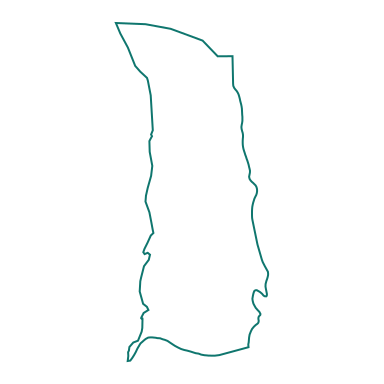 Qarah, Hajjah, Yemen
{"feature_id": "15242507B20225444371684", "entity_name": "Qarah", "entity_type": "district", "adm_level": 2, "iso_a3": "YEM", "parent_name": "Yemen", "parent_adm1": "Hajjah", "projection": "equal_earth", "projection_center": [43.48, 16.353], "detail": "fine", "context": "isolated", "style": "outline", "palette": "teal", "viewbox_px": 384, "rotation_deg": 0, "n_neighbors": 0, "source": "geoboundaries", "source_scale": "gbopen_adm2", "svg_char_len": 3340}
<svg xmlns="http://www.w3.org/2000/svg" viewBox="0 0 384 384"><path d="M115.9,23.0L120.3,33.5L127.9,47.6L135.2,65.9L140.3,71.7L147.0,77.9L147.9,80.8L150.6,94.8L150.7,95.2L152.8,130.3L151.1,134.5L152.0,136.2L150.4,139.1L149.4,141.1L149.6,148.6L149.7,151.9L152.3,165.9L151.1,175.9L147.8,187.6L147.6,188.4L146.1,195.1L146.0,195.3L145.5,201.6L149.4,212.3L151.3,222.1L152.7,229.7L153.4,233.0L152.4,234.0L150.8,235.5L149.0,239.5L147.5,242.8L144.5,248.8L143.3,252.2L144.6,254.1L147.7,252.8L150.0,254.7L149.3,257.6L148.8,259.8L144.0,266.2L141.2,277.2L140.3,281.2L139.7,291.5L140.7,295.1L143.1,303.8L146.9,306.8L148.4,310.0L143.6,313.0L143.5,313.3L141.7,316.8L141.3,317.5L141.2,318.3L141.6,318.7L142.1,318.3L142.4,318.4L142.5,318.8L142.3,328.0L141.7,331.4L141.6,331.8L138.0,340.7L133.3,342.5L129.4,347.0L128.9,350.6L128.1,352.2L128.3,356.0L127.7,361.0L130.3,360.6L132.3,357.9L134.2,354.9L135.8,352.0L137.2,349.0L138.2,347.2L138.9,346.1L139.8,344.5L140.6,343.3L142.0,342.1L142.6,341.6L142.9,341.3L143.9,340.4L144.4,340.0L145.0,339.5L145.6,339.0L147.6,337.9L148.2,337.6L150.2,337.4L151.4,337.4L152.1,337.4L153.1,337.5L154.2,337.6L156.0,337.8L157.2,338.1L158.9,338.2L160.2,338.3L161.7,338.9L162.8,339.3L164.7,339.8L167.5,340.9L170.0,342.6L172.7,344.4L175.0,345.9L175.2,346.0L178.2,347.6L181.1,349.0L184.3,350.0L187.1,350.6L190.0,351.4L190.4,351.5L192.9,352.3L195.7,353.2L198.5,353.6L199.1,353.8L201.1,354.6L204.3,355.2L207.8,355.5L208.4,355.6L210.5,355.6L211.1,355.7L214.6,355.7L219.3,355.1L229.7,352.3L248.5,347.2L248.3,344.8L248.3,344.3L248.7,342.3L249.1,337.5L249.6,334.6L250.9,331.3L252.1,328.9L253.9,326.7L255.7,325.0L257.1,324.0L257.9,323.3L258.3,322.7L258.6,321.8L258.7,320.6L258.5,319.7L258.4,318.9L258.4,318.0L258.6,317.0L259.4,315.8L260.2,315.1L260.4,314.4L260.4,313.8L260.0,313.1L259.4,311.9L257.3,309.7L256.4,308.6L255.8,308.0L254.5,305.7L253.4,303.6L252.7,300.9L252.4,298.8L252.9,295.8L253.5,293.2L254.2,291.2L254.8,290.6L255.8,290.2L256.8,290.2L258.4,291.1L259.3,291.6L260.1,292.1L262.1,293.8L263.4,295.4L264.5,296.2L265.5,296.3L265.9,296.3L266.3,296.3L266.7,295.8L266.9,295.0L266.9,293.9L265.9,288.9L265.5,286.6L265.6,284.0L266.4,280.9L267.2,278.7L267.7,276.9L268.1,275.0L268.1,273.4L267.9,271.7L267.0,270.1L264.9,266.3L264.4,265.4L264.3,265.1L263.5,263.6L262.7,262.0L261.8,259.5L257.5,244.6L257.2,243.2L252.4,219.8L252.1,217.9L252.0,215.4L252.0,215.0L252.0,213.1L252.0,211.0L252.1,209.0L252.3,206.8L252.7,204.7L253.2,202.6L253.8,200.7L254.4,198.7L255.2,197.0L255.6,196.2L256.2,195.1L256.8,193.2L257.1,191.1L257.0,189.0L256.5,187.1L255.6,185.4L254.3,184.1L253.1,182.9L251.8,181.8L250.6,180.5L249.6,178.9L249.1,176.8L249.5,174.7L249.9,172.8L250.0,170.8L249.6,168.9L249.1,167.0L248.6,164.7L248.0,162.7L247.3,160.5L246.6,158.7L246.0,156.7L245.3,154.9L244.7,152.9L244.1,151.1L243.5,149.1L243.4,148.6L243.1,147.2L242.8,145.1L242.7,143.0L242.7,141.0L242.8,139.0L243.0,137.0L243.0,135.0L242.7,133.0L242.1,131.0L241.6,129.0L241.4,127.0L241.7,124.9L242.1,123.0L242.4,120.9L242.4,118.9L242.4,116.9L242.2,114.8L242.1,112.7L242.0,110.6L241.9,108.7L241.6,106.6L241.2,104.6L240.7,102.7L240.2,100.8L239.8,98.8L239.2,96.5L238.8,95.2L238.6,94.5L237.7,92.6L236.6,90.9L235.3,89.4L234.2,87.9L233.3,85.9L233.1,83.8L232.5,56.2L217.7,56.3L202.6,40.6L175.0,30.4L170.6,28.8L145.5,24.2L125.8,23.4L115.9,23.0Z" fill="none" stroke="#0f766e" stroke-width="2"/></svg>